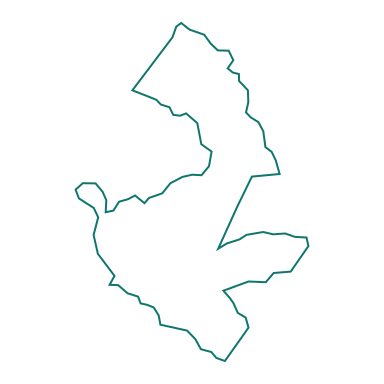 outline of Engenho Velho, Rio Grande do Sul, Brazil
{"feature_id": "56859067B64358996433210", "entity_name": "Engenho Velho", "entity_type": "district", "adm_level": 2, "iso_a3": "BRA", "parent_name": "Brazil", "parent_adm1": "Rio Grande do Sul", "projection": "albers", "projection_center": [-52.91, -27.679], "detail": "fine", "context": "isolated", "style": "outline", "palette": "teal", "viewbox_px": 384, "rotation_deg": 0, "n_neighbors": 0, "source": "geoboundaries", "source_scale": "gbopen_adm2", "svg_char_len": 1266}
<svg xmlns="http://www.w3.org/2000/svg" viewBox="0 0 384 384"><path d="M187.1,330.6L195.3,339.1L200.9,349.2L211.3,352.0L216.3,357.9L224.9,361.0L248.5,327.7L245.7,317.6L237.8,312.9L233.6,303.4L229.9,298.1L223.4,290.7L248.5,281.5L265.8,282.2L273.7,273.0L290.7,271.6L308.4,246.1L306.5,237.5L295.0,236.9L285.2,233.5L273.1,234.3L263.1,232.0L246.4,234.9L239.5,239.4L227.0,243.4L218.2,248.7L237.2,206.8L251.9,176.6L279.6,174.0L275.8,160.4L271.7,151.9L265.4,147.1L263.3,131.3L258.4,122.1L251.0,117.6L246.0,112.4L248.3,102.3L247.9,90.3L239.1,81.0L238.9,74.0L232.9,72.6L227.7,68.4L233.3,60.2L228.7,50.7L217.8,50.4L210.7,43.6L204.2,34.7L195.9,31.8L189.7,29.7L181.2,23.0L176.3,26.6L172.4,37.4L132.4,90.3L156.4,99.8L160.8,104.5L169.4,107.2L173.3,114.9L180.2,115.7L186.1,113.4L197.3,123.1L201.3,144.2L211.6,151.6L209.0,166.2L201.5,175.2L192.3,174.7L182.5,176.9L170.4,183.2L162.3,193.3L148.9,198.0L144.5,203.2L135.1,195.5L128.0,199.2L119.1,201.7L113.4,210.6L105.7,212.2L106.3,200.2L102.7,191.9L95.6,183.4L82.8,183.2L75.6,189.6L78.9,198.4L93.8,208.0L98.2,217.3L93.6,235.0L97.9,253.9L102.1,259.4L114.5,275.9L109.6,284.8L118.1,285.1L127.6,293.3L138.1,296.6L140.6,303.4L147.0,304.8L153.7,307.4L158.7,315.5L160.4,324.7L187.1,330.6Z" fill="none" stroke="#0f766e" stroke-width="2"/></svg>